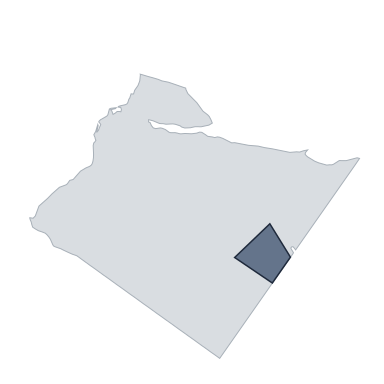 location of Paris Paris, Al Wadi at Jadid, Egypt, rotated 305°
{"feature_id": "37247803B13722182372819", "entity_name": "Paris Paris", "entity_type": "district", "adm_level": 2, "iso_a3": "EGY", "parent_name": "Egypt", "parent_adm1": "Al Wadi at Jadid", "projection": "natural_earth1", "projection_center": [30.442, 22.93], "detail": "fine", "context": "in_parent", "style": "filled", "palette": "slate", "viewbox_px": 384, "rotation_deg": 305, "n_neighbors": 0, "source": "geoboundaries", "source_scale": "gbopen_adm2", "svg_char_len": 3183}
<svg xmlns="http://www.w3.org/2000/svg" viewBox="0 0 384 384"><g transform="rotate(305 192 192)"><path d="M315.6,310.0L308.8,310.1L302.1,310.1L295.4,310.1L288.6,310.1L281.9,310.1L275.2,310.1L268.5,310.1L261.7,310.1L255.0,310.1L248.3,310.1L241.5,310.1L234.8,310.1L228.1,310.1L221.3,310.1L214.6,310.1L207.9,310.1L204.0,310.1L204.7,307.9L205.1,306.4L204.6,305.3L203.3,305.0L202.5,305.4L200.5,309.9L199.4,310.1L197.0,310.1L189.2,310.1L181.3,310.1L173.5,310.1L165.7,310.1L157.8,310.1L150.0,310.1L142.2,310.1L134.3,310.1L126.5,310.1L118.6,310.1L110.8,310.1L103.0,310.1L95.1,310.1L87.3,310.1L79.5,310.1L71.6,310.1L71.7,304.6L71.7,299.1L71.8,293.6L71.8,288.1L71.9,282.6L72.0,277.2L72.0,271.7L72.1,266.2L72.1,260.7L72.2,255.2L72.3,249.7L72.3,244.2L72.4,238.7L72.4,233.2L72.5,227.8L72.6,222.3L72.6,216.8L72.7,211.3L72.8,205.8L72.8,200.3L72.9,194.8L73.0,189.3L73.0,183.8L73.1,178.3L73.2,172.8L73.2,167.3L73.3,161.9L73.4,156.4L73.4,150.9L73.5,145.4L73.6,139.9L73.7,134.4L73.5,133.4L72.4,129.6L71.5,124.9L70.5,119.1L70.3,117.2L68.6,111.2L68.4,109.5L68.9,108.3L72.0,103.2L73.0,100.7L73.8,97.8L74.1,95.4L73.2,91.7L72.2,88.4L71.9,85.1L71.8,81.7L73.4,79.5L75.3,77.4L76.0,76.1L77.1,74.6L77.9,73.9L79.4,76.9L82.5,77.4L92.7,74.7L104.0,77.4L110.2,78.4L119.8,80.7L125.6,84.7L127.2,85.2L131.4,85.2L134.1,87.5L145.1,88.7L150.9,91.3L154.2,93.4L156.2,94.1L158.0,94.0L160.4,93.2L163.4,91.7L166.6,89.6L173.4,84.4L175.8,83.4L177.4,83.7L179.3,83.6L180.1,82.2L181.1,81.2L181.7,80.1L182.7,78.7L186.3,78.4L193.3,76.1L192.5,77.1L186.1,79.7L188.8,80.0L191.7,79.2L194.9,78.6L195.4,77.5L195.9,75.5L196.5,75.2L198.7,75.6L205.3,78.7L207.0,78.8L211.6,77.1L212.6,76.7L214.1,77.6L217.6,81.6L216.4,81.5L212.7,78.1L212.4,79.8L210.3,82.8L212.9,84.0L215.0,84.5L216.2,86.2L216.9,87.7L219.0,87.0L220.5,85.0L219.7,83.9L219.2,82.7L219.9,82.7L221.3,83.7L225.5,87.5L227.0,88.2L228.6,88.1L232.0,87.0L232.9,87.2L237.5,85.8L238.0,86.8L238.8,87.9L242.5,86.7L248.2,86.7L253.0,85.5L258.4,82.5L258.8,82.0L259.1,82.8L259.8,84.8L261.5,90.0L263.0,94.1L264.9,99.8L265.4,102.0L265.7,103.5L268.4,109.7L269.9,114.8L271.1,119.0L272.8,125.0L273.5,127.2L272.4,128.3L270.2,132.2L267.9,144.8L264.5,154.6L264.2,160.7L263.7,162.9L262.1,166.0L260.1,169.1L256.5,167.5L250.7,162.1L247.3,157.1L243.7,153.8L240.3,149.4L239.3,146.3L239.4,144.3L237.9,139.4L236.7,137.1L232.6,131.8L231.4,129.1L230.5,127.8L229.5,126.1L228.0,119.3L226.4,115.0L224.5,116.2L224.8,118.0L223.2,120.5L222.3,123.4L223.0,125.8L226.4,129.4L227.1,131.0L227.9,134.4L227.8,139.0L228.4,140.6L230.9,144.1L231.8,146.1L232.4,147.9L233.2,149.5L235.8,152.5L239.4,158.2L242.9,162.1L245.4,163.9L246.5,165.8L246.7,170.6L246.6,172.9L248.8,177.2L249.6,179.4L251.7,181.2L252.7,183.2L253.6,186.6L255.0,196.3L256.9,198.7L262.7,211.6L267.5,219.8L269.9,225.8L273.5,233.2L280.6,249.5L284.8,254.5L286.5,257.3L289.5,259.5L292.8,262.6L289.7,262.3L288.9,262.5L287.8,263.0L287.3,264.9L287.1,266.5L287.6,274.7L288.5,278.9L291.3,286.9L293.3,289.2L294.3,290.8L295.7,291.9L302.2,294.6L306.1,300.3L314.7,307.6L315.5,309.6L315.6,310.0Z" fill="#d9dde1" stroke="#a8b0b8" stroke-width="1"/><path d="M163.5,310.0L195.1,310.0L210.6,274.0L162.8,264.5L163.5,310.0Z" fill="#64748b" stroke="#1e293b" stroke-width="1.5"/></g></svg>